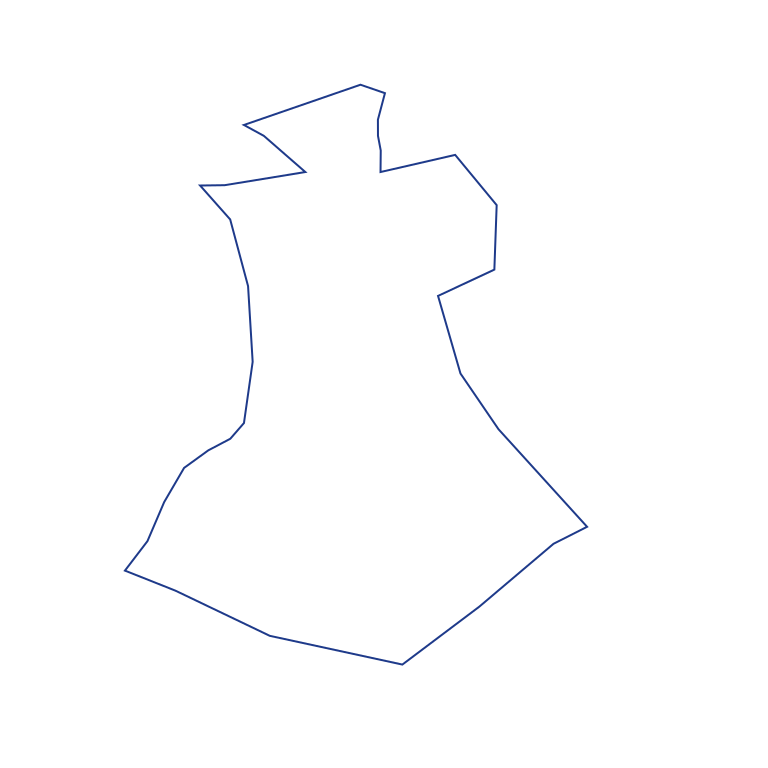 the state/province of Tarrafal, rotated 19°
{"feature_id": "CPV-5045", "entity_name": "Tarrafal", "entity_type": "state/province", "adm_level": 1, "iso_a3": "CPV", "parent_name": "Cabo Verde", "parent_adm1": "", "projection": "albers", "projection_center": [-23.738, 15.256], "detail": "fine", "context": "isolated", "style": "outline", "palette": "blue", "viewbox_px": 768, "rotation_deg": 19, "n_neighbors": 0, "source": "natural_earth", "source_scale": "10m", "svg_char_len": 573}
<svg xmlns="http://www.w3.org/2000/svg" viewBox="0 0 768 768"><g transform="rotate(19 384 384)"><path d="M199.8,644.8L211.5,609.6L214.6,567.2L222.3,528.4L239.5,503.9L256.5,485.8L264.3,466.5L252.6,405.8L223.6,335.7L185.0,278.5L145.5,256.2L168.6,247.9L240.6,209.2L189.6,188.5L167.2,184.7L264.3,108.7L290.2,108.7L292.2,136.1L297.5,151.3L304.9,164.3L311.7,184.7L376.7,144.2L432.3,178.2L451.1,239.9L406.4,283.1L452.9,349.2L507.0,389.5L622.5,452.9L596.3,479.9L546.6,563.5L492.7,643.3L358.0,659.3L254.0,647.3L199.8,644.8Z" fill="none" stroke="#1e3a8a" stroke-width="2"/></g></svg>